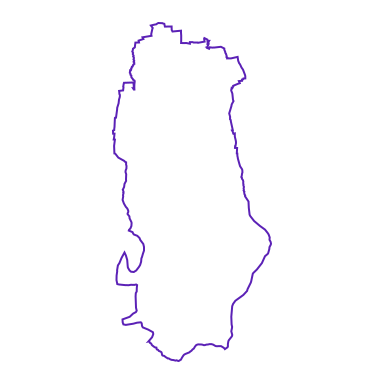 Recea, Brasov, Romania (Equal Earth projection)
{"feature_id": "2599482B10221924688269", "entity_name": "Recea", "entity_type": "district", "adm_level": 2, "iso_a3": "ROU", "parent_name": "Romania", "parent_adm1": "Brasov", "projection": "equal_earth", "projection_center": [24.936, 45.69], "detail": "fine", "context": "isolated", "style": "outline", "palette": "violet", "viewbox_px": 384, "rotation_deg": 0, "n_neighbors": 0, "source": "geoboundaries", "source_scale": "gbopen_adm2", "svg_char_len": 5857}
<svg xmlns="http://www.w3.org/2000/svg" viewBox="0 0 384 384"><path d="M224.9,349.1L227.5,347.3L227.9,346.4L227.9,344.0L228.4,341.1L228.9,340.1L231.6,336.7L232.1,335.8L232.2,334.7L231.3,331.3L232.0,327.9L232.1,326.8L231.6,324.4L231.3,316.7L232.2,306.2L233.1,303.9L235.4,300.7L243.3,295.0L247.1,290.9L247.5,289.3L250.8,282.6L251.2,281.3L252.8,273.7L253.3,273.0L256.9,269.5L261.9,263.1L265.0,256.2L267.6,254.0L268.1,253.4L269.3,249.1L269.5,247.1L270.8,244.6L271.0,243.6L270.6,241.8L269.5,239.8L269.7,237.4L268.6,234.4L267.6,232.9L265.0,229.6L259.9,225.9L254.1,221.0L250.3,216.1L249.6,214.7L248.8,207.8L248.5,201.5L245.1,196.4L245.0,195.9L245.2,195.4L244.5,194.3L244.3,193.1L244.1,191.8L244.3,191.6L243.6,190.5L243.9,189.9L243.6,188.2L243.9,187.3L243.9,186.6L243.6,186.1L243.3,184.9L243.5,184.5L243.2,183.2L243.3,181.5L243.0,180.3L241.9,178.6L241.9,177.7L241.3,177.0L241.7,176.1L242.1,173.3L242.4,172.7L242.4,171.8L242.3,170.0L241.9,169.0L240.1,166.3L239.4,164.0L237.9,158.6L237.7,157.2L237.4,156.0L237.3,153.5L236.8,153.4L237.1,148.0L235.0,147.9L235.1,146.1L235.5,146.0L236.0,143.0L235.9,141.2L235.5,139.4L235.0,137.4L234.8,136.2L234.8,133.4L233.4,133.8L233.2,133.5L233.2,133.0L232.8,131.8L232.0,130.4L232.8,130.2L230.9,121.6L230.7,120.0L230.0,119.2L230.1,118.3L230.0,117.9L230.1,117.7L230.1,116.7L229.2,113.4L231.5,105.8L231.5,105.2L231.8,104.2L233.5,101.1L233.4,100.8L233.0,99.9L232.5,95.0L232.3,93.4L231.2,90.5L231.2,90.1L231.6,88.2L232.0,88.6L232.4,88.1L232.9,87.0L233.3,86.4L233.2,85.8L238.2,83.7L239.8,83.2L238.9,81.1L242.0,80.8L241.9,79.7L242.1,79.4L243.2,79.3L243.4,78.5L245.3,78.4L245.3,76.4L245.1,75.2L243.1,69.9L242.7,69.2L241.5,67.5L240.5,65.3L239.8,64.0L239.2,63.3L238.8,62.3L238.2,60.8L237.6,56.9L231.0,58.4L227.3,58.4L227.5,57.8L227.2,57.6L226.7,57.5L226.4,57.0L226.7,56.3L226.4,55.1L226.1,54.5L226.1,54.2L225.9,53.6L225.5,53.2L225.2,52.2L225.2,51.8L224.3,49.7L224.3,49.3L224.3,48.5L220.9,46.8L214.7,47.5L212.3,47.6L209.8,47.3L209.1,48.8L207.3,48.0L207.6,47.6L206.9,47.2L207.4,47.0L207.7,46.2L208.0,45.7L207.7,44.7L208.5,44.4L208.6,43.7L207.5,43.7L207.7,42.9L207.6,42.2L208.4,42.1L209.1,40.9L207.5,40.9L207.4,39.6L204.4,38.1L204.1,38.8L204.6,41.6L198.0,42.8L197.7,42.5L193.5,42.5L192.6,42.1L189.9,42.1L189.9,43.7L186.2,43.0L184.2,43.1L181.1,43.0L181.2,40.2L181.2,35.5L181.0,32.7L181.0,30.7L172.5,31.5L171.7,29.9L171.6,26.5L164.9,26.6L164.3,23.8L162.7,23.4L162.5,23.2L158.3,23.0L156.9,23.8L156.3,24.3L154.1,24.7L150.9,25.5L152.7,27.9L152.7,28.1L152.4,28.7L151.2,34.2L151.5,35.8L142.5,37.3L143.4,39.0L138.6,40.6L139.0,42.5L135.4,42.6L134.8,47.4L133.0,48.7L132.8,50.1L132.6,50.6L132.6,51.1L132.3,51.6L132.7,52.1L132.8,52.6L133.1,52.9L133.1,53.1L132.8,53.8L132.8,54.3L133.6,55.6L133.5,56.0L133.2,56.5L133.6,56.9L133.8,57.3L133.7,57.7L133.9,58.0L133.9,58.3L133.7,58.7L133.7,59.1L133.5,59.6L134.1,60.3L134.2,60.5L133.8,61.6L133.6,61.7L133.6,61.9L134.2,62.2L134.3,63.9L133.9,64.0L133.2,64.7L133.3,65.2L132.9,65.7L132.6,66.5L131.9,66.7L131.9,67.3L131.6,68.1L131.5,68.3L131.2,68.3L131.1,68.5L131.2,69.5L130.8,70.5L130.5,70.7L130.1,70.5L129.8,72.8L130.4,73.5L130.5,73.9L130.4,74.7L130.5,74.9L131.0,75.2L131.4,75.7L131.4,76.0L131.3,76.3L131.3,76.7L131.5,77.5L132.8,78.9L132.9,79.6L134.5,80.6L134.7,81.2L134.6,82.6L134.4,84.0L134.3,86.8L134.1,87.1L134.3,87.6L134.2,88.1L134.0,88.5L134.4,89.1L134.4,89.5L133.8,89.5L133.2,88.5L133.6,88.6L133.8,88.4L133.5,88.3L133.7,87.0L133.7,86.5L133.8,86.2L133.7,85.1L133.3,82.5L124.0,82.8L123.7,83.9L123.2,86.7L123.5,87.1L123.1,90.4L119.1,90.9L119.3,92.5L119.4,94.1L119.8,94.6L119.9,95.9L119.7,97.3L119.0,99.6L118.6,103.3L117.2,107.8L117.1,109.6L116.0,117.7L115.8,117.8L115.0,117.8L114.9,118.0L114.5,127.0L114.3,128.4L114.2,130.1L113.0,130.6L113.1,133.7L114.5,133.7L114.1,137.5L113.7,139.5L114.9,139.6L114.1,145.9L114.4,153.3L114.7,153.3L115.6,154.1L118.3,157.6L124.2,160.9L125.3,162.0L126.1,162.3L126.1,164.6L126.5,166.0L126.4,168.6L125.7,170.3L125.5,172.0L126.2,174.2L126.0,179.3L126.1,180.9L124.5,183.9L124.1,187.0L122.8,189.7L123.1,190.0L123.1,190.7L123.6,192.0L123.2,192.7L123.5,193.2L123.0,195.1L123.2,196.3L122.6,199.9L123.9,203.5L125.8,206.8L127.3,208.5L128.2,210.6L128.3,211.9L127.6,213.4L127.6,214.1L129.4,216.4L129.6,218.4L131.4,222.1L131.6,223.0L131.4,226.0L130.4,228.4L129.0,229.9L128.8,230.6L132.5,232.1L133.2,233.6L133.9,234.5L137.3,235.8L139.5,238.0L140.3,240.0L143.3,244.0L144.0,247.0L144.0,250.6L142.9,253.8L142.0,257.0L141.4,258.4L141.1,261.8L140.1,265.0L138.9,267.0L136.2,270.5L133.8,272.0L131.0,271.7L129.6,270.5L127.9,267.6L127.7,266.1L127.2,259.9L125.9,255.5L124.5,252.5L121.6,257.8L119.4,263.1L117.9,265.4L117.1,270.2L117.2,271.3L116.6,275.5L116.5,280.1L117.3,284.1L119.1,284.5L125.0,285.1L128.7,285.2L130.8,284.8L134.5,284.9L136.1,284.5L137.1,285.1L136.8,287.8L136.7,291.5L135.8,293.1L135.6,296.4L136.0,307.7L136.7,310.7L135.9,312.1L133.1,313.6L129.7,316.8L122.5,319.4L122.7,322.4L123.4,324.4L125.8,324.9L133.3,323.7L137.0,322.7L140.8,322.3L141.7,323.3L142.0,325.9L142.8,327.4L148.2,329.6L152.9,332.2L153.2,333.5L153.2,334.3L152.1,337.2L148.5,341.4L148.9,341.3L149.4,341.6L149.6,342.3L149.9,342.8L150.8,343.3L151.2,343.6L151.8,344.9L152.4,345.5L154.5,347.1L155.1,347.4L156.4,347.6L156.5,348.6L156.8,349.4L158.0,349.8L158.8,350.9L160.5,351.6L161.4,352.2L161.7,352.9L162.1,354.9L162.4,355.4L162.8,355.6L164.2,355.9L165.8,357.2L166.9,357.8L167.6,358.4L168.7,358.4L170.3,359.4L171.8,359.9L173.2,360.0L175.6,360.6L176.6,360.3L178.3,361.0L179.3,360.7L180.2,360.0L180.9,359.7L181.9,357.8L182.9,356.2L183.7,355.1L184.1,354.7L185.3,354.0L189.5,352.3L190.0,351.7L191.4,350.8L192.6,349.4L193.8,348.6L194.9,346.7L196.1,345.2L196.8,344.8L198.1,344.4L201.4,344.5L202.6,344.7L203.6,345.1L204.9,345.1L206.4,344.6L208.0,344.5L209.6,344.1L211.4,344.1L213.1,344.6L215.3,345.9L215.8,346.1L216.7,346.2L220.9,346.1L221.5,346.4L223.6,347.7L224.5,348.5L224.9,349.1Z" fill="none" stroke="#5b21b6" stroke-width="2"/></svg>